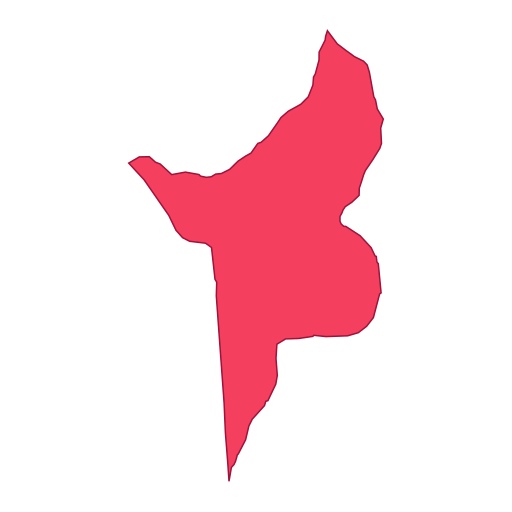 the district of Antigua Guatemala, Sacatepéquez, Guatemala
{"feature_id": "79465075B72939253081387", "entity_name": "Antigua Guatemala", "entity_type": "district", "adm_level": 2, "iso_a3": "GTM", "parent_name": "Guatemala", "parent_adm1": "Sacatepéquez", "projection": "robinson", "projection_center": [-90.724, 14.538], "detail": "fine", "context": "isolated", "style": "filled", "palette": "rose", "viewbox_px": 512, "rotation_deg": 0, "n_neighbors": 0, "source": "geoboundaries", "source_scale": "gbopen_adm2", "svg_char_len": 1423}
<svg xmlns="http://www.w3.org/2000/svg" viewBox="0 0 512 512"><path d="M383.3,119.0L377.3,109.0L375.5,99.9L373.8,96.8L369.4,72.3L367.2,65.0L363.6,61.2L354.4,56.6L344.8,49.6L337.2,43.8L327.4,30.7L325.6,36.4L325.1,40.2L319.1,52.1L319.0,60.1L315.3,73.9L313.5,77.1L312.9,85.1L308.2,96.9L300.9,104.2L288.3,111.2L280.9,117.6L278.3,121.6L268.4,135.8L261.1,142.3L257.8,143.4L251.0,153.1L245.9,155.9L238.2,161.0L229.6,169.4L221.4,173.5L215.6,174.1L211.2,176.8L206.2,177.3L200.5,176.1L198.9,174.5L185.4,172.1L171.7,174.6L160.2,164.0L155.5,162.2L149.3,156.7L139.3,156.9L128.7,163.1L144.1,179.8L168.8,215.4L176.0,230.3L182.6,237.7L189.7,241.3L205.5,243.2L211.5,247.5L215.0,279.3L216.7,282.2L216.3,295.9L224.1,403.2L225.4,433.0L227.8,463.5L229.0,481.3L231.4,467.4L233.9,464.7L235.5,461.4L236.8,456.9L237.3,454.9L238.3,453.9L245.6,439.8L248.9,425.9L252.3,419.1L264.5,405.6L265.8,401.3L267.9,400.7L275.8,384.1L277.3,375.4L276.0,358.5L276.9,344.2L285.6,338.9L298.5,338.5L312.8,336.4L313.8,335.3L326.0,336.6L347.7,335.8L358.3,332.7L366.6,326.3L373.4,317.6L379.6,294.0L381.1,292.9L378.3,263.7L376.9,261.9L376.3,256.4L375.1,256.0L371.1,247.6L360.2,235.8L345.8,226.4L343.7,226.3L341.2,224.0L340.0,221.3L340.0,216.4L341.8,213.2L343.1,209.9L345.2,206.7L351.9,202.2L359.1,195.4L359.3,188.2L361.5,181.6L363.6,174.8L365.4,170.5L372.7,159.8L379.8,148.4L381.5,143.4L380.7,128.1L383.3,119.0Z" fill="#f43f5e" stroke="#9f1239" stroke-width="1.5"/></svg>